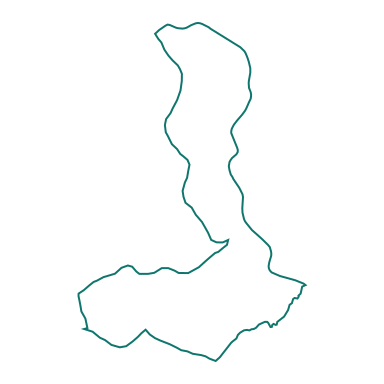 Tanchon City, Hamgyŏng-namdo, North Korea (Mercator projection)
{"feature_id": "82179303B77244062124892", "entity_name": "Tanchon City", "entity_type": "district", "adm_level": 2, "iso_a3": "PRK", "parent_name": "North Korea", "parent_adm1": "Hamgyŏng-namdo", "projection": "mercator", "projection_center": [128.863, 40.784], "detail": "fine", "context": "isolated", "style": "outline", "palette": "teal", "viewbox_px": 384, "rotation_deg": 0, "n_neighbors": 0, "source": "geoboundaries", "source_scale": "gbopen_adm2", "svg_char_len": 2614}
<svg xmlns="http://www.w3.org/2000/svg" viewBox="0 0 384 384"><path d="M102.6,277.6L96.9,280.7L93.7,281.9L89.3,285.4L83.9,290.1L78.6,293.6L78.5,296.0L79.5,300.8L80.4,305.5L81.4,311.5L85.4,318.6L87.4,328.1L84.2,329.0L92.6,331.7L99.9,337.7L105.1,340.1L111.4,344.9L119.8,347.3L126.2,346.2L132.6,341.5L138.0,336.8L141.3,333.3L145.6,329.7L149.8,334.5L155.0,338.1L160.2,340.5L169.7,344.2L177.0,347.8L181.2,350.2L187.5,351.4L192.8,353.8L201.2,355.1L205.5,356.3L209.6,358.7L212.8,359.9L215.6,361.0L219.8,357.3L231.2,342.7L232.7,341.4L236.4,338.5L237.9,334.9L240.2,332.6L244.1,330.3L247.1,329.9L249.4,330.4L251.4,329.3L253.8,329.0L256.0,327.8L259.0,324.5L264.8,321.9L267.2,321.9L268.1,322.7L270.5,327.0L271.8,326.9L272.3,324.9L273.6,323.9L275.6,324.9L276.7,324.6L277.3,321.9L284.1,316.6L288.0,310.2L288.6,308.3L289.6,304.8L291.9,303.2L293.1,299.1L294.5,298.0L297.5,298.5L298.7,296.6L298.5,295.6L300.6,293.7L301.9,287.9L302.2,286.6L305.5,285.1L303.6,283.6L295.1,280.2L279.9,276.0L271.6,272.4L269.8,270.4L268.9,268.4L268.6,266.2L269.3,262.2L271.2,255.8L271.3,253.4L271.0,251.3L269.8,247.1L268.0,244.9L262.1,239.1L251.9,230.0L246.4,223.2L244.9,221.1L244.0,219.0L242.5,212.7L242.3,208.2L243.0,197.0L242.5,194.3L239.3,187.9L233.4,179.1L232.3,176.8L230.8,174.6L229.5,170.2L228.8,166.1L229.6,161.8L230.7,159.9L232.1,158.0L236.4,154.3L237.7,152.1L237.8,150.0L237.2,147.9L231.2,133.0L231.3,130.9L231.8,128.7L233.9,124.7L237.1,120.5L242.2,114.6L244.4,111.6L245.2,110.5L246.4,108.2L249.2,101.8L250.6,98.9L251.0,97.0L251.1,94.6L250.7,92.2L249.0,87.8L248.7,83.5L248.8,81.3L250.3,72.7L250.3,68.2L248.8,61.8L247.3,57.3L245.6,53.2L244.4,51.2L240.4,47.3L210.6,28.8L208.6,27.2L202.0,23.9L199.8,23.2L197.6,23.0L195.5,23.4L191.1,25.2L188.8,26.5L186.8,27.6L184.7,28.3L182.5,28.6L178.0,28.2L176.0,27.7L169.8,25.0L167.6,24.6L165.6,25.6L164.0,26.7L159.2,30.0L155.1,33.8L158.3,38.9L161.4,42.5L164.4,49.7L168.5,55.7L172.7,60.5L177.8,65.4L179.9,69.0L181.9,73.8L181.8,81.0L180.5,90.5L177.1,100.1L172.7,108.4L170.5,113.2L166.1,119.1L164.9,125.1L165.8,132.3L167.8,135.9L171.9,144.2L177.1,149.1L180.2,153.9L183.3,156.3L187.5,159.9L189.5,164.7L188.3,170.6L187.1,177.8L184.9,182.5L182.6,190.9L183.5,196.8L185.5,202.8L191.7,207.6L195.8,214.8L202.0,222.0L208.1,232.8L211.2,239.9L216.4,242.3L219.6,242.4L222.8,242.4L228.1,240.0L227.0,244.8L222.6,248.3L218.3,251.9L215.1,253.0L210.8,256.6L205.4,261.3L198.9,267.2L188.2,273.1L181.8,273.0L178.7,273.0L174.5,270.6L168.2,268.1L161.8,268.1L154.3,272.8L147.9,273.9L139.4,273.9L136.3,271.5L132.2,266.7L127.9,265.5L121.5,267.8L115.0,273.7L103.3,277.2L102.6,277.6Z" fill="none" stroke="#0f766e" stroke-width="2"/></svg>